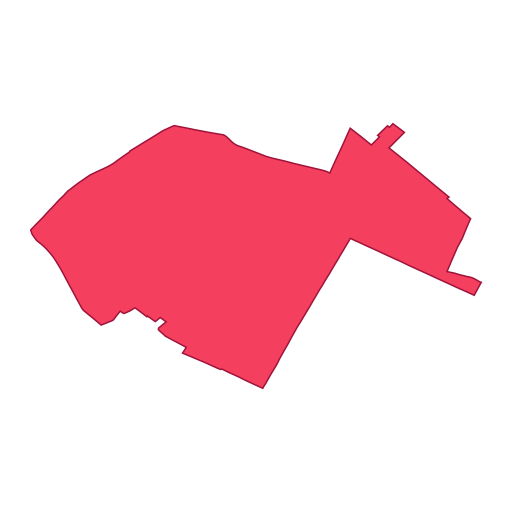 the district of Dumbravita, Timis, Romania
{"feature_id": "2599482B50242835531665", "entity_name": "Dumbravita", "entity_type": "district", "adm_level": 2, "iso_a3": "ROU", "parent_name": "Romania", "parent_adm1": "Timis", "projection": "natural_earth1", "projection_center": [21.239, 45.803], "detail": "fine", "context": "isolated", "style": "filled", "palette": "rose", "viewbox_px": 512, "rotation_deg": 0, "n_neighbors": 0, "source": "geoboundaries", "source_scale": "gbopen_adm2", "svg_char_len": 3324}
<svg xmlns="http://www.w3.org/2000/svg" viewBox="0 0 512 512"><path d="M449.0,197.1L434.2,184.9L406.6,162.0L389.0,147.9L404.4,132.4L401.6,130.2L392.9,123.7L389.5,127.3L387.5,125.8L377.6,135.4L379.5,136.9L371.3,145.0L361.4,136.9L350.2,128.2L347.2,134.8L342.9,144.5L335.9,159.5L329.8,173.0L329.5,172.8L326.1,171.3L322.8,170.3L295.3,163.8L284.6,161.0L273.3,158.4L266.4,156.5L257.2,152.9L246.9,148.9L240.7,146.6L239.5,146.3L237.3,145.5L234.9,144.2L233.0,142.9L226.5,136.7L225.1,135.7L224.3,135.2L223.2,134.8L209.6,132.5L194.7,129.7L190.0,128.7L174.2,125.6L172.3,126.4L169.3,127.7L168.3,128.2L167.1,128.7L166.0,129.3L164.9,129.7L163.6,130.3L161.4,131.6L159.0,133.1L153.1,136.8L145.7,141.3L143.4,142.7L137.6,146.3L131.7,149.9L129.6,151.3L129.5,152.0L124.2,155.6L118.0,160.0L113.5,163.3L112.8,163.8L109.8,165.5L107.4,166.8L105.3,167.8L102.3,169.2L98.6,170.9L96.6,171.8L94.6,172.8L92.6,173.8L91.1,174.4L90.2,174.9L86.5,177.4L83.2,179.7L81.8,180.7L79.6,182.1L76.9,184.1L74.3,186.1L72.2,187.7L70.6,189.0L69.2,190.0L67.8,191.0L63.2,196.0L59.4,199.6L52.3,207.3L48.4,211.3L43.9,216.3L42.4,217.9L35.5,224.9L32.4,228.2L31.0,229.6L30.7,230.0L31.2,231.6L31.6,232.9L31.9,233.6L32.1,234.2L33.5,236.3L34.6,237.8L36.1,239.8L36.4,240.3L39.1,242.5L41.3,244.2L44.1,246.7L45.1,247.7L46.1,248.7L48.4,251.2L50.7,253.8L53.7,257.7L55.6,260.6L58.6,265.5L60.1,268.0L62.3,271.9L65.1,277.2L67.7,282.1L70.1,286.7L70.8,287.8L74.0,293.8L76.6,298.7L80.5,305.8L81.6,307.9L82.7,309.4L83.1,309.9L83.5,310.4L84.4,311.2L88.7,314.7L93.8,318.9L100.7,324.7L101.1,325.1L106.1,323.1L112.3,320.6L112.9,320.3L113.8,319.4L116.5,315.8L120.2,311.2L123.7,313.5L124.8,313.2L127.1,312.2L128.8,311.4L129.7,311.0L131.8,309.8L132.6,309.2L133.4,308.8L134.0,308.3L135.2,307.9L142.0,313.0L146.9,316.8L147.6,316.1L155.3,321.6L157.9,319.5L159.1,318.5L160.3,317.6L163.6,320.0L166.1,321.8L161.9,325.3L158.6,328.0L158.5,328.4L158.4,329.1L158.3,329.4L158.9,330.2L159.2,330.6L160.6,331.8L164.7,335.5L165.7,336.5L166.1,336.5L167.3,337.2L171.2,339.3L174.2,340.9L186.2,347.3L184.3,350.4L182.5,353.1L185.6,354.4L198.4,359.8L201.1,360.9L206.9,363.4L212.3,365.9L217.9,368.4L220.6,369.5L221.8,369.0L229.1,372.6L234.0,374.8L240.3,377.7L241.1,378.2L246.4,380.8L255.5,385.0L262.8,388.3L263.8,386.4L264.9,384.7L266.0,383.0L268.2,379.0L268.9,377.8L269.8,376.1L271.4,373.4L274.4,368.5L277.2,363.7L279.7,358.6L282.4,353.7L286.6,346.4L287.8,344.3L290.6,339.1L292.2,336.1L293.3,334.2L297.4,326.9L298.0,325.9L298.7,324.8L299.5,323.6L301.8,319.8L304.3,315.6L310.0,306.1L313.3,300.4L315.6,296.5L318.1,292.2L320.1,288.9L321.8,286.3L324.6,281.5L327.5,276.8L329.6,273.4L333.4,266.9L337.4,260.3L338.7,258.1L339.4,256.8L343.8,249.5L344.9,247.6L350.4,238.4L354.8,240.5L357.4,241.6L366.6,245.9L374.8,249.6L377.6,250.9L387.7,255.6L396.7,259.7L400.3,261.3L404.6,263.4L409.4,265.7L417.9,269.6L428.7,274.5L437.3,278.5L445.4,282.2L450.2,284.4L456.4,287.3L460.3,289.0L464.8,291.0L472.1,294.3L474.2,295.3L480.5,283.7L481.3,282.3L480.1,282.0L475.8,279.5L473.2,278.2L471.4,277.5L469.1,276.9L467.3,276.6L463.0,275.5L460.7,275.0L455.2,273.4L454.8,273.2L447.0,271.6L452.4,258.8L453.7,255.9L455.3,252.2L457.3,247.6L460.7,241.3L461.9,239.1L462.8,237.1L464.4,233.1L466.3,228.6L467.1,226.6L470.6,218.6L464.1,213.2L454.1,204.7L449.6,200.8L447.0,198.6L447.1,198.4L449.0,197.1Z" fill="#f43f5e" stroke="#9f1239" stroke-width="1.5"/></svg>